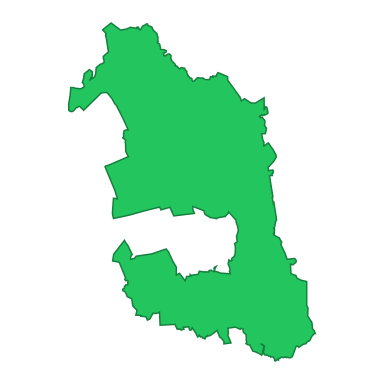 Sahuaripa, Sonora, Mexico
{"feature_id": "50627088B83077859313792", "entity_name": "Sahuaripa", "entity_type": "district", "adm_level": 2, "iso_a3": "MEX", "parent_name": "Mexico", "parent_adm1": "Sonora", "projection": "natural_earth1", "projection_center": [-108.983, 29.019], "detail": "fine", "context": "isolated", "style": "filled", "palette": "green", "viewbox_px": 384, "rotation_deg": 0, "n_neighbors": 0, "source": "geoboundaries", "source_scale": "gbopen_adm2", "svg_char_len": 5965}
<svg xmlns="http://www.w3.org/2000/svg" viewBox="0 0 384 384"><path d="M267.9,111.7L266.9,107.5L265.8,106.7L264.2,109.3L264.1,97.8L255.3,103.1L250.9,102.9L244.5,98.7L241.4,101.0L240.1,97.3L227.7,80.2L227.6,76.7L218.1,72.6L216.6,74.7L216.0,76.3L212.8,76.0L213.2,77.2L210.5,76.7L209.7,79.6L205.1,79.6L202.8,77.9L201.6,78.1L197.4,77.7L194.5,80.7L193.5,81.3L193.0,81.3L192.0,80.4L192.0,79.0L191.7,78.4L190.9,78.0L189.8,77.9L188.9,76.5L188.0,76.1L188.1,75.4L187.3,74.1L186.8,72.7L186.8,71.4L185.2,69.7L184.6,68.2L183.4,68.5L182.9,67.8L182.4,67.9L181.4,67.6L180.1,68.5L180.0,68.8L179.2,68.8L178.7,68.2L178.5,67.7L177.3,66.8L177.1,66.3L176.4,66.0L175.3,65.9L175.1,65.6L175.4,65.0L175.0,64.1L171.5,60.5L171.5,59.8L170.9,58.5L171.0,55.5L169.6,54.1L168.8,53.9L167.8,54.1L166.9,54.9L166.1,55.0L165.5,55.8L163.6,55.7L163.9,53.6L163.5,53.2L166.0,52.2L166.4,51.0L164.0,49.6L161.3,49.6L160.4,48.9L160.5,47.2L160.1,46.7L159.9,44.8L159.0,43.5L158.0,43.2L157.4,42.4L157.4,42.0L158.2,41.4L157.8,40.1L158.0,37.5L157.0,34.5L156.9,33.4L156.4,33.2L153.5,30.4L152.6,29.1L152.3,27.8L151.9,27.2L150.9,26.5L148.1,25.7L147.4,23.9L146.4,23.9L145.5,24.7L142.5,26.1L141.3,28.5L140.1,29.9L139.5,29.7L138.6,27.4L138.3,27.1L137.5,27.0L136.7,27.5L137.0,28.4L130.6,27.3L126.2,29.1L120.6,30.1L111.1,23.0L102.6,29.8L105.8,33.3L105.7,36.5L106.1,36.7L108.4,51.9L103.3,56.4L103.6,57.1L103.2,58.3L103.9,59.6L104.1,62.4L102.3,63.6L100.2,64.3L96.2,67.7L95.7,73.9L94.5,77.0L90.1,79.7L90.8,78.0L92.2,77.0L92.4,71.8L89.4,69.6L84.2,73.8L83.6,78.4L82.4,82.4L83.5,83.8L84.0,85.1L84.0,86.9L83.8,87.3L80.5,88.8L75.1,88.2L73.6,87.6L70.8,87.5L70.1,95.4L68.7,104.1L68.8,110.5L70.5,111.5L72.2,111.6L73.9,110.6L76.4,107.5L77.3,107.5L79.1,106.3L80.1,106.8L83.6,110.3L101.4,92.9L106.6,92.4L108.5,94.2L112.2,99.0L114.6,103.5L116.3,105.3L122.7,117.8L128.2,129.9L126.4,129.8L124.3,130.7L123.9,131.2L123.8,133.0L123.4,134.0L123.8,136.4L123.6,136.9L122.8,137.5L122.9,138.0L124.2,139.0L125.5,139.6L125.2,142.5L125.5,142.9L125.8,151.7L128.4,156.6L108.5,165.2L105.6,166.0L105.0,166.7L115.0,190.7L117.4,198.8L113.5,198.2L112.4,212.9L112.6,214.6L113.5,218.5L129.3,215.1L145.0,210.7L159.6,207.1L160.9,209.9L169.9,207.3L173.8,215.9L194.4,213.4L192.7,209.0L192.9,206.5L203.9,210.7L205.0,214.2L206.2,215.2L210.4,217.6L215.1,218.2L216.2,218.8L218.0,217.7L225.4,216.5L225.7,215.8L228.2,213.4L228.6,211.9L235.9,220.0L236.3,222.7L237.7,226.7L238.3,230.7L236.5,236.4L237.2,241.7L234.6,243.6L235.3,246.4L235.4,249.1L235.1,253.9L234.1,256.7L232.2,257.8L231.6,259.3L232.1,260.4L230.6,261.0L228.9,259.9L228.1,263.8L229.9,268.4L230.0,270.4L229.4,271.2L230.3,273.8L220.4,273.1L218.7,272.3L214.5,271.2L215.1,268.0L216.1,266.5L214.8,267.1L215.1,267.6L214.6,267.7L214.8,268.0L214.6,268.4L214.0,268.6L214.3,269.8L213.9,271.7L212.4,271.2L211.0,270.1L209.1,270.6L208.8,271.9L204.0,271.9L199.3,271.2L198.1,274.4L191.6,275.2L191.5,275.7L190.7,275.3L190.2,274.6L189.9,276.4L186.8,276.4L185.1,280.8L179.5,273.3L176.3,275.1L176.3,267.1L172.6,260.8L168.6,252.0L166.2,249.0L151.7,253.9L136.1,256.2L134.7,258.2L130.7,259.4L130.5,256.9L132.2,254.4L127.9,245.6L125.4,242.3L124.5,240.3L113.7,254.2L112.6,261.0L119.2,262.2L125.5,277.7L124.8,279.5L125.8,280.8L126.4,280.4L127.9,280.6L128.0,281.4L127.7,282.9L127.9,284.7L127.1,285.1L125.8,284.8L124.4,286.7L124.4,288.2L122.9,289.0L122.6,289.9L123.2,291.0L124.3,291.1L125.1,291.9L126.2,294.0L127.3,296.7L131.6,298.7L132.9,306.1L137.0,310.2L135.9,315.2L140.7,315.3L140.8,316.3L144.2,316.5L146.1,317.0L147.4,320.1L149.9,318.9L153.0,313.2L155.2,313.6L158.2,312.9L159.5,312.1L160.1,325.2L175.0,324.4L177.1,329.0L177.4,328.7L177.8,329.1L178.3,328.9L178.9,329.3L180.0,328.9L180.5,329.7L181.7,330.1L182.6,329.4L183.9,329.3L183.3,327.1L185.6,327.2L188.7,326.7L189.6,330.0L191.4,329.9L192.2,327.8L195.9,333.3L197.6,336.9L198.6,336.6L199.3,335.1L200.5,336.9L201.3,336.6L202.3,337.0L202.5,338.0L203.9,338.0L204.2,338.8L205.1,338.8L205.9,336.5L206.5,336.5L206.8,336.2L207.1,336.5L207.7,335.5L208.3,335.9L208.9,336.0L211.1,335.0L217.1,330.4L219.6,336.9L221.5,338.4L224.0,341.5L223.9,343.9L231.0,342.9L227.8,335.2L228.4,333.2L227.9,328.2L235.4,327.1L240.2,329.3L241.2,328.3L241.8,328.8L243.0,329.0L243.3,332.1L246.2,334.9L246.3,341.0L246.7,342.8L246.0,343.7L247.9,344.8L249.7,344.9L252.8,351.1L255.8,352.0L260.4,354.2L261.6,355.2L261.8,354.2L263.4,353.9L263.5,353.4L262.8,352.4L262.6,351.3L262.9,350.3L263.7,349.6L263.5,349.0L263.6,347.4L264.0,346.2L263.7,345.7L262.5,345.2L261.4,344.2L261.9,344.1L264.0,345.6L264.5,346.3L264.0,349.0L264.2,349.8L263.2,351.2L263.1,351.6L264.0,353.9L264.5,354.2L264.8,354.9L267.8,355.4L268.8,356.2L270.3,356.3L270.7,357.1L273.2,356.9L273.9,357.9L274.1,358.7L274.8,359.3L274.6,360.5L275.1,361.0L275.8,360.9L276.2,360.3L277.1,359.7L278.5,360.1L278.4,358.5L279.8,358.5L281.0,357.2L283.0,357.6L285.4,357.0L286.3,357.6L287.0,357.3L290.0,357.9L292.3,356.7L296.2,346.2L298.3,346.5L298.9,347.3L302.8,344.5L306.1,343.6L307.4,341.6L309.6,340.7L310.5,339.3L311.4,336.9L314.1,333.7L315.3,333.6L314.2,330.6L313.6,330.1L312.6,329.0L311.9,322.4L307.7,316.1L308.0,308.1L306.7,305.3L306.7,281.5L300.7,280.1L297.0,278.2L295.8,275.3L294.5,275.2L291.0,273.5L290.4,264.0L292.8,264.9L296.0,262.3L296.1,260.3L294.6,258.5L287.1,259.3L285.0,253.2L280.9,244.7L281.7,242.0L280.8,240.8L279.4,238.0L274.1,235.2L274.0,234.9L274.4,234.3L274.4,233.6L273.6,233.9L273.4,233.6L274.3,232.5L274.3,231.0L274.7,230.1L274.3,229.1L273.8,228.9L273.6,228.3L274.4,228.1L275.7,221.3L276.5,220.1L276.4,218.6L273.9,202.7L273.3,203.5L272.2,197.6L272.9,197.0L269.5,175.7L272.4,175.5L272.0,173.5L273.0,173.2L273.4,171.5L273.1,170.2L272.9,170.0L268.6,170.6L268.1,167.1L268.9,166.6L273.7,161.4L276.3,157.1L275.9,154.7L273.4,150.2L268.3,142.9L263.9,146.0L263.7,145.4L263.9,143.9L263.9,142.2L262.9,140.1L261.6,133.9L265.4,133.6L266.5,128.2L264.6,125.6L265.0,120.9L262.4,117.5L260.4,117.6L259.5,116.6L259.7,116.1L260.7,116.0L261.5,114.8L262.6,115.7L264.5,114.6L264.9,115.1L267.8,113.5L267.9,111.7Z" fill="#22c55e" stroke="#15803d" stroke-width="1.5"/></svg>